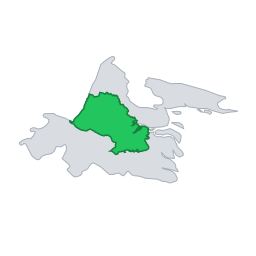 Dhaka on a map of Bangladesh (Robinson projection), rotated 292°
{"feature_id": "BGD-1806", "entity_name": "Dhaka", "entity_type": "Division", "adm_level": 1, "iso_a3": "BGD", "parent_name": "Bangladesh", "parent_adm1": "", "projection": "robinson", "projection_center": [90.348, 24.137], "detail": "fine", "context": "in_parent", "style": "filled", "palette": "green", "viewbox_px": 256, "rotation_deg": 292, "n_neighbors": 0, "source": "natural_earth", "source_scale": "10m", "svg_char_len": 9053}
<svg xmlns="http://www.w3.org/2000/svg" viewBox="0 0 256 256"><g transform="rotate(292 128 128)"><path d="M91.5,180.2L91.5,174.3L87.8,162.5L88.0,161.2L87.3,155.5L86.3,152.4L85.9,149.1L88.1,144.3L87.2,143.5L82.3,142.0L81.8,140.8L82.8,136.0L79.3,131.6L77.9,128.2L81.7,117.4L82.7,109.9L82.4,108.5L80.1,106.8L76.0,106.1L73.2,104.7L71.5,102.6L70.1,101.7L68.3,102.4L66.1,101.5L64.2,99.4L62.6,96.9L63.2,94.1L66.2,87.4L67.3,87.2L69.9,88.5L70.8,88.5L72.5,85.9L74.9,78.4L83.2,79.1L85.1,78.8L87.2,78.2L88.3,77.3L88.9,76.1L88.7,75.1L86.2,73.6L85.2,72.6L84.5,69.6L83.8,68.5L78.8,68.3L76.3,67.0L74.9,65.7L72.4,61.7L69.3,58.6L66.3,57.9L65.2,57.0L64.5,55.4L64.9,53.2L66.4,48.9L74.6,39.6L74.9,38.5L74.6,37.4L72.2,35.9L72.0,35.1L72.7,33.2L74.1,32.9L76.9,34.7L79.7,37.6L81.4,40.1L81.5,42.1L83.7,42.5L85.6,43.4L87.5,43.2L88.7,43.7L89.6,43.5L89.9,42.3L88.3,39.4L89.1,38.2L90.9,38.2L92.3,39.3L93.3,41.6L93.4,45.1L95.6,48.2L98.5,50.5L100.8,51.5L103.5,52.3L105.9,51.6L107.0,49.3L106.5,47.4L106.9,45.6L107.8,44.6L109.3,44.7L110.4,46.1L113.6,53.7L112.9,57.0L113.6,66.2L112.8,72.3L113.3,74.6L113.8,75.0L118.7,76.1L125.6,78.5L131.0,79.4L155.1,78.8L160.4,79.9L176.5,79.0L180.8,81.0L185.6,84.1L188.3,86.5L188.8,87.8L188.5,88.9L187.6,89.6L186.0,89.6L182.2,88.1L181.5,88.5L181.5,92.1L178.4,101.3L178.0,104.1L176.9,105.2L173.8,105.8L171.7,111.1L170.8,111.7L168.7,110.6L167.4,110.8L165.8,111.3L164.1,112.5L163.0,114.0L161.7,114.5L157.2,114.4L156.4,116.9L153.4,120.1L151.4,128.7L151.5,131.3L154.1,138.1L155.8,147.0L156.5,147.9L157.3,147.9L157.4,143.9L158.2,143.4L159.2,143.8L161.4,149.3L162.6,150.7L164.5,151.1L166.6,150.2L168.2,148.6L168.8,146.9L168.3,140.9L169.3,138.5L172.9,134.9L173.4,133.8L173.2,127.8L174.6,127.6L176.4,128.1L178.8,126.7L179.5,126.7L180.5,128.2L182.2,127.9L184.7,139.7L184.9,148.1L185.5,152.7L186.4,153.8L189.2,160.7L191.9,185.2L192.3,200.8L193.4,206.1L192.5,207.3L191.6,207.5L190.7,205.7L184.8,201.7L183.4,202.1L181.3,204.4L180.5,206.5L180.9,209.5L181.5,212.5L183.0,214.2L183.1,216.0L184.7,223.0L184.2,223.1L181.0,216.7L177.0,210.4L175.7,199.2L175.6,193.7L172.9,187.1L170.3,175.8L171.4,171.8L169.5,173.5L166.6,166.7L161.9,160.0L160.6,157.1L160.5,154.2L158.5,157.1L155.8,159.1L153.0,162.2L151.2,163.1L145.3,163.7L142.0,159.6L137.1,149.6L136.5,147.3L137.1,141.4L136.0,135.8L135.6,130.9L134.8,131.4L134.4,132.7L134.6,134.8L134.3,136.5L126.1,135.4L129.6,138.3L133.3,139.0L135.3,141.6L135.4,146.0L131.7,148.6L132.1,150.8L134.2,153.5L131.6,154.3L130.9,156.0L130.8,158.6L132.6,162.4L132.3,163.9L135.4,169.0L136.0,171.4L135.2,174.8L128.6,181.7L126.7,186.6L125.0,188.9L123.0,189.3L120.5,187.0L120.5,184.6L121.0,182.7L124.4,178.1L122.6,178.8L117.2,182.5L116.2,179.5L115.5,176.6L115.5,173.1L118.1,167.9L115.1,170.5L114.3,173.8L114.7,177.6L114.3,180.3L113.1,183.8L111.6,185.9L109.0,187.3L107.9,189.4L106.2,190.9L105.6,183.8L103.8,174.2L103.4,176.3L104.3,182.2L104.3,186.1L102.9,189.2L100.1,192.5L98.0,192.9L96.7,192.4L92.7,187.5L92.4,182.8L91.5,180.2ZM140.6,180.3L135.6,181.5L133.1,181.1L137.8,172.5L137.7,168.7L136.9,165.5L134.5,163.0L134.4,161.2L133.3,158.7L132.8,155.8L135.4,154.9L137.6,156.5L138.3,159.8L139.4,162.3L143.2,167.3L143.1,170.4L142.1,178.0L140.6,180.3ZM151.2,177.5L148.2,179.8L149.2,166.2L151.4,171.3L152.0,174.0L151.2,177.5ZM162.7,170.7L161.4,171.7L160.2,170.8L158.6,167.6L159.4,163.6L159.8,163.0L161.8,167.1L162.7,170.7ZM173.9,199.5L172.2,199.6L171.4,198.6L171.8,197.3L171.3,192.9L173.5,192.4L174.3,196.1L173.9,199.5ZM172.0,187.1L170.7,191.5L170.2,189.5L171.1,185.7L172.0,187.1ZM136.7,151.6L137.2,153.0L134.5,151.2L133.7,149.9L135.0,149.2L136.7,151.6Z" fill="#d9dde1" stroke="#a8b0b8" stroke-width="1"/><path d="M112.9,71.4L112.8,72.3L112.9,73.4L113.1,74.6L113.4,75.2L113.9,75.3L114.9,74.9L116.0,74.9L122.2,77.7L126.7,78.7L128.8,79.7L129.8,79.7L132.7,79.1L135.0,79.3L136.2,79.0L136.6,79.0L136.9,79.1L137.5,79.4L138.5,79.6L138.8,79.6L139.2,79.1L139.4,79.0L139.8,79.1L140.2,79.3L140.6,79.6L141.0,79.8L141.8,79.9L145.0,79.5L144.9,80.9L145.3,82.3L145.3,82.8L145.2,83.1L144.9,83.6L144.6,84.1L144.3,85.3L146.2,88.5L147.0,88.9L150.4,88.6L150.7,90.0L150.9,90.7L151.0,92.2L150.8,93.9L151.0,94.5L151.3,94.6L151.5,94.5L152.5,94.5L152.8,94.7L153.0,94.9L153.1,95.3L153.1,95.6L153.0,95.8L152.9,95.9L152.8,96.1L152.8,96.4L152.8,96.6L152.8,96.8L152.7,96.9L152.5,97.1L152.2,97.2L152.0,97.3L152.0,97.5L152.4,98.0L152.5,98.4L152.7,98.6L152.9,98.7L153.4,99.0L153.0,100.1L152.7,100.7L152.4,101.1L152.2,101.3L152.1,101.5L152.4,101.9L152.6,102.0L152.9,102.0L153.2,102.2L153.3,102.8L153.4,103.0L153.3,103.4L152.9,103.7L153.5,104.3L153.7,104.5L153.8,104.8L153.9,105.0L153.7,105.3L153.2,105.8L153.6,106.4L153.0,106.9L152.0,107.3L151.6,108.5L151.4,108.7L151.2,109.1L150.8,109.4L150.3,109.5L149.8,109.6L149.5,109.7L149.5,110.1L149.6,110.4L149.5,110.7L149.3,110.7L149.1,110.7L148.7,110.3L147.8,111.7L147.5,111.8L147.1,111.9L147.0,112.1L147.1,112.7L147.0,112.9L147.5,113.6L147.3,114.1L147.9,114.4L147.7,115.1L147.1,115.8L146.7,116.1L146.3,116.4L146.1,117.2L146.2,117.8L146.1,118.7L145.5,120.0L144.4,121.6L144.0,122.0L143.8,122.1L143.6,122.1L143.4,122.0L143.2,121.9L142.6,121.4L142.4,121.6L142.2,121.7L141.8,121.8L141.0,121.7L140.8,121.7L140.6,121.8L140.4,122.0L140.2,122.1L140.0,122.3L139.9,122.6L139.9,122.8L140.1,123.5L140.1,123.8L140.0,124.0L139.5,125.6L139.0,126.4L139.0,126.7L139.1,126.9L139.5,127.2L139.6,127.3L139.8,127.5L139.8,127.8L139.8,128.0L139.6,128.4L139.3,128.7L140.1,129.5L140.3,129.9L140.3,130.1L139.8,130.1L139.5,130.3L139.4,130.6L139.6,131.0L139.3,131.3L138.7,131.7L138.4,132.1L138.2,132.1L137.7,132.1L137.7,132.3L137.9,132.6L138.4,133.0L138.2,133.7L137.7,133.4L137.4,133.4L136.9,133.7L136.1,134.0L135.7,134.2L135.2,132.8L135.3,131.9L135.8,131.1L136.5,130.8L136.3,130.5L136.2,130.7L136.1,130.8L135.9,130.5L135.4,130.5L134.4,131.0L134.5,131.4L134.4,131.7L134.0,131.9L133.6,131.9L133.1,131.9L132.7,131.7L132.0,131.2L132.2,131.7L132.6,132.1L133.1,132.3L133.6,132.3L134.6,132.4L134.9,132.7L134.9,135.6L134.8,136.0L134.6,136.2L134.4,136.6L134.2,137.2L134.2,137.7L133.2,137.3L127.7,136.1L126.6,135.7L125.6,135.0L125.6,135.4L125.8,135.8L129.5,138.1L130.0,138.5L130.2,139.0L130.4,139.4L130.7,139.7L131.6,139.9L132.3,140.3L132.8,140.5L134.6,140.7L134.9,140.9L135.7,142.3L135.8,142.8L135.9,144.0L135.8,143.8L135.6,143.5L135.3,143.2L135.5,143.8L135.6,145.7L135.5,146.5L134.7,147.7L134.5,147.9L134.2,147.8L134.1,147.5L134.3,147.2L134.5,147.0L134.5,146.8L134.4,146.8L134.0,147.2L133.7,147.5L133.3,147.8L132.8,147.9L131.7,147.9L131.4,148.0L131.2,148.6L131.3,148.8L131.2,148.8L131.1,149.1L131.0,149.3L130.5,149.6L129.7,149.2L129.4,148.8L128.7,148.3L128.1,148.1L127.8,148.0L127.7,148.1L127.4,148.2L127.1,148.5L126.8,149.0L127.1,149.0L127.5,149.0L127.8,149.7L127.7,149.7L127.7,149.9L127.6,150.0L127.3,150.5L127.0,151.0L126.7,151.2L126.3,151.3L126.0,151.1L125.6,150.8L125.0,150.1L124.8,149.6L124.8,148.7L124.7,148.5L124.5,148.2L124.3,148.1L124.0,148.0L122.6,148.3L122.3,148.8L122.1,149.4L121.6,149.8L121.1,150.3L120.9,150.7L120.3,151.2L120.1,151.4L119.8,152.4L119.0,153.4L118.4,154.1L118.0,154.4L117.5,154.5L116.5,154.7L115.3,154.0L115.1,153.8L114.5,153.1L114.3,153.0L113.9,152.8L113.8,152.6L113.6,152.4L113.5,151.8L113.4,151.5L113.0,151.0L112.1,150.1L111.6,149.5L110.9,147.9L110.6,147.5L110.4,147.3L109.9,147.2L109.7,147.0L109.6,146.8L109.5,146.5L109.4,146.2L109.5,145.9L110.0,146.4L110.3,146.5L110.5,146.0L111.0,145.3L111.1,145.2L111.5,145.1L111.6,144.8L111.4,144.5L111.0,144.3L110.7,144.4L110.5,144.6L110.2,144.8L109.9,144.8L109.4,144.2L109.5,143.5L109.5,142.9L108.0,142.5L108.2,142.0L108.8,141.4L109.1,140.9L108.2,140.9L107.5,140.0L107.1,138.8L107.1,137.7L107.3,137.7L107.4,137.9L107.6,138.0L107.9,138.2L107.4,135.5L107.1,134.8L106.6,134.3L105.7,133.8L104.9,133.7L104.4,134.4L104.3,134.2L104.2,134.0L104.2,133.7L104.3,133.5L104.4,133.4L104.8,133.0L105.1,132.7L104.9,132.6L104.6,132.4L104.5,132.1L104.3,131.6L104.2,131.3L103.8,130.9L102.1,128.2L101.8,128.1L101.5,128.1L101.0,128.2L100.2,128.3L99.0,126.7L98.9,126.4L100.4,122.3L100.4,121.7L100.4,121.4L100.0,120.1L100.9,120.8L103.4,122.0L104.1,122.3L105.2,123.4L105.9,123.6L106.4,123.4L107.3,122.8L107.7,122.6L109.3,122.5L110.0,122.3L110.0,121.9L109.7,120.4L109.6,119.9L109.7,119.2L110.1,118.2L112.5,116.0L112.9,115.7L113.1,115.2L113.3,114.8L113.4,113.6L113.7,113.0L113.7,112.5L113.8,112.0L113.7,111.8L113.7,111.7L113.7,111.4L113.6,111.1L113.1,110.9L113.1,110.2L112.7,109.7L111.9,108.8L111.8,108.7L111.7,108.6L111.6,108.2L111.6,106.9L111.4,105.6L111.4,105.3L111.7,102.9L111.7,101.7L112.0,100.7L112.0,100.0L112.0,99.4L111.9,99.0L112.0,98.7L112.4,98.3L112.6,97.4L112.6,97.0L112.4,96.4L112.5,96.0L112.8,94.5L112.8,93.8L112.6,93.2L112.4,92.9L112.2,92.6L111.7,92.1L110.9,91.6L110.4,91.3L110.1,90.9L109.7,90.1L109.5,89.5L108.8,85.9L108.7,85.6L108.9,82.9L109.2,81.1L109.5,79.4L110.2,78.0L110.4,77.5L110.8,77.1L111.2,76.5L111.4,75.6L111.1,73.8L111.8,72.2L112.0,71.7L112.4,71.5L112.9,71.4L112.9,71.4ZM133.4,139.8L132.9,140.1L132.3,139.9L131.8,139.5L130.9,138.5L130.6,138.0L130.7,137.7L131.4,137.7L132.5,138.1L133.8,138.9L134.9,139.8L135.1,140.5L134.1,139.7L133.5,139.4L133.4,139.8Z" fill="#22c55e" stroke="#15803d" stroke-width="1.5"/></g></svg>